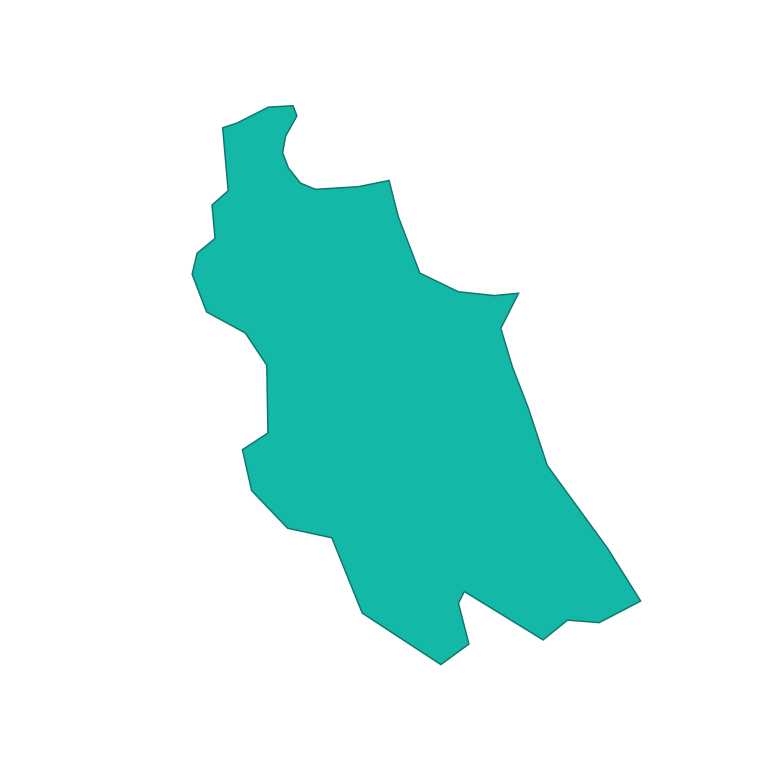 map outline of Bath and North East Somerset (Albers equal-area conic projection), rotated 69°
{"feature_id": "GBR-2043", "entity_name": "Bath and North East Somerset", "entity_type": "Unitary Authority", "adm_level": 1, "iso_a3": "GBR", "parent_name": "United Kingdom", "parent_adm1": "", "projection": "albers", "projection_center": [-2.517, 51.347], "detail": "fine", "context": "isolated", "style": "filled", "palette": "teal", "viewbox_px": 768, "rotation_deg": 69, "n_neighbors": 0, "source": "natural_earth", "source_scale": "10m", "svg_char_len": 706}
<svg xmlns="http://www.w3.org/2000/svg" viewBox="0 0 768 768"><g transform="rotate(69 384 384)"><path d="M666.3,431.5L590.1,486.4L508.9,487.8L484.2,525.6L436.1,545.8L394.6,539.7L388.1,509.9L324.5,486.7L286.7,495.2L253.2,523.8L212.8,523.8L194.9,511.6L187.6,489.6L155.3,480.4L147.7,460.2L87.0,442.8L87.7,427.9L84.1,392.7L91.6,369.2L102.5,369.2L117.2,386.9L131.8,395.8L148.3,395.8L166.7,389.9L177.7,378.2L190.6,337.2L195.8,306.3L232.8,310.7L293.3,310.8L324.5,281.6L341.0,249.2L347.5,225.9L373.9,255.0L414.2,258.0L458.2,257.9L518.6,260.8L617.4,234.2L678.6,222.2L683.9,268.6L670.2,297.3L679.9,327.2L606.5,383.4L615.4,393.1L657.2,397.9L666.3,431.5Z" fill="#14b8a6" stroke="#0f766e" stroke-width="1.5"/></g></svg>